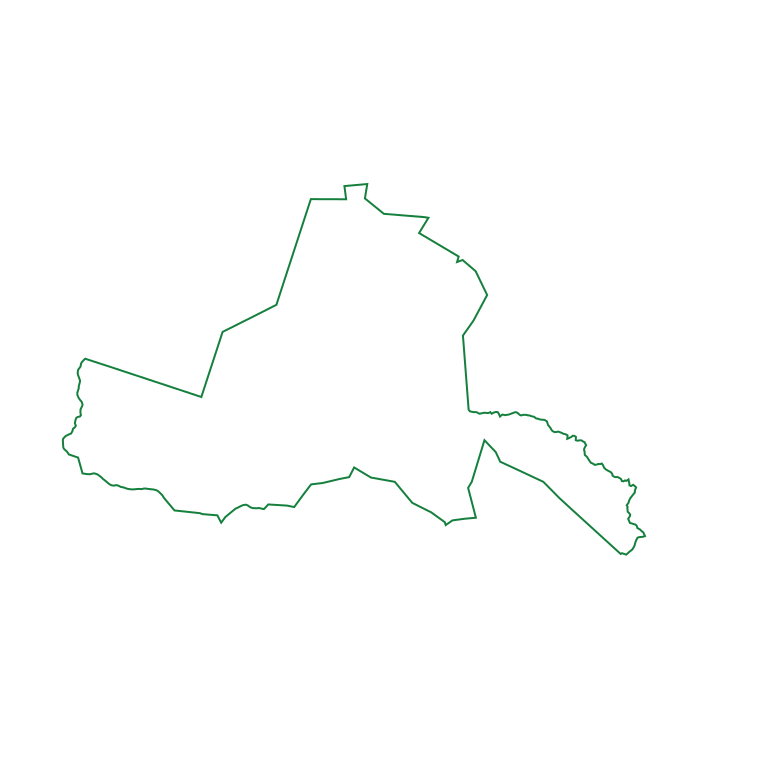 São Miguel do Tapuio, Piauí, Brazil, rotated 198°
{"feature_id": "56859067B9412827275666", "entity_name": "São Miguel do Tapuio", "entity_type": "district", "adm_level": 2, "iso_a3": "BRA", "parent_name": "Brazil", "parent_adm1": "Piauí", "projection": "mercator", "projection_center": [-41.588, -5.786], "detail": "fine", "context": "isolated", "style": "outline", "palette": "green", "viewbox_px": 768, "rotation_deg": 198, "n_neighbors": 0, "source": "geoboundaries", "source_scale": "gbopen_adm2", "svg_char_len": 4004}
<svg xmlns="http://www.w3.org/2000/svg" viewBox="0 0 768 768"><g transform="rotate(198 384 384)"><path d="M88.8,320.0L91.5,323.0L93.8,323.8L95.4,324.7L98.5,325.3L99.8,327.2L101.3,328.0L107.2,327.9L110.1,331.2L109.3,334.3L109.4,335.7L110.8,336.9L112.7,337.8L114.1,340.8L114.3,342.3L115.7,343.7L114.8,346.3L114.8,349.3L114.6,350.9L113.3,354.8L111.9,358.3L112.5,360.3L112.3,363.6L114.1,364.5L115.9,365.1L117.5,363.3L119.2,363.4L119.7,364.8L120.5,366.1L122.0,368.8L123.5,366.8L125.1,366.7L126.2,365.4L127.7,365.2L129.4,367.0L131.4,367.4L133.1,367.7L135.1,366.9L136.7,367.0L138.2,367.4L139.3,369.2L141.2,370.3L143.9,370.7L146.6,371.3L149.1,372.6L150.6,374.5L152.3,375.7L153.5,374.7L155.3,374.2L156.7,373.2L158.5,372.2L160.1,372.7L163.0,373.1L164.8,374.4L166.7,375.9L168.1,377.2L169.4,377.9L171.0,378.5L171.8,380.2L172.3,381.7L173.2,382.7L173.6,384.3L173.3,386.5L172.8,388.3L174.3,389.6L175.4,390.7L176.9,390.8L178.6,391.4L180.6,390.9L182.2,389.9L184.2,389.8L184.7,391.2L185.1,393.0L186.8,393.5L188.5,393.1L189.5,391.5L190.5,390.6L191.5,389.5L192.8,388.5L193.1,390.4L193.7,392.0L196.0,392.3L198.1,392.1L199.7,392.4L201.3,392.5L203.4,392.6L205.3,391.6L206.6,391.0L208.3,391.1L210.2,391.8L211.6,393.2L213.4,394.5L215.3,395.7L216.5,397.4L217.7,398.9L219.1,399.2L220.6,399.4L222.6,398.9L225.1,398.4L227.1,398.6L228.5,398.2L229.7,398.6L231.0,399.2L232.7,399.0L234.3,398.9L236.1,399.1L237.4,398.6L238.9,398.7L240.4,398.2L242.2,397.7L243.8,396.5L245.4,396.6L246.7,397.2L248.3,397.9L250.1,397.9L251.2,397.2L252.4,396.3L254.0,395.0L255.4,393.8L257.1,392.9L259.1,391.8L260.8,391.7L262.2,391.3L263.6,388.9L265.6,391.2L267.2,392.4L268.9,392.0L270.6,390.9L272.4,389.0L274.2,390.1L275.2,389.1L276.3,388.4L277.9,388.1L279.9,387.6L282.1,386.3L284.1,385.2L287.3,385.8L289.9,385.0L292.1,384.7L293.9,384.6L295.6,385.8L315.8,434.8L320.6,446.5L323.9,454.4L322.8,458.0L319.6,468.3L318.5,471.9L313.4,500.5L331.7,519.6L347.6,526.2L352.2,522.6L352.4,528.3L397.3,538.4L393.1,555.8L397.1,555.2L436.7,545.8L448.1,550.2L459.5,554.6L461.7,569.0L482.8,560.0L477.1,548.0L510.7,537.2L510.8,452.4L510.8,451.0L510.8,426.0L513.2,423.7L523.7,413.2L539.8,397.3L541.1,396.0L553.6,383.7L553.7,323.3L553.7,315.2L651.0,315.7L676.0,315.7L677.1,313.7L678.3,310.8L678.4,309.4L678.0,306.8L679.2,303.3L679.1,301.4L678.6,299.5L677.8,298.1L674.1,293.3L673.8,291.5L673.6,287.4L673.0,285.7L673.0,281.1L672.3,278.9L670.2,276.5L667.7,274.6L666.2,273.8L664.3,271.2L664.2,269.9L664.8,266.2L664.0,263.3L662.6,260.6L663.1,259.2L664.9,258.1L666.1,256.9L666.3,254.9L665.9,251.2L664.2,249.1L664.6,247.3L666.0,245.2L665.7,243.2L666.3,240.2L667.9,238.9L670.7,236.1L672.2,233.0L672.1,231.4L669.7,225.2L669.0,224.0L667.9,223.2L664.6,221.7L661.8,219.6L652.2,219.5L643.1,205.8L639.2,206.4L635.8,207.3L633.4,208.8L631.9,209.5L628.5,209.5L625.6,208.5L623.6,207.8L622.1,206.9L620.6,206.4L618.2,205.5L615.6,204.4L613.2,203.6L611.1,203.5L609.0,204.1L607.6,205.0L606.3,205.2L604.7,205.2L602.8,204.8L600.8,205.0L598.9,205.2L596.5,205.0L594.4,205.2L591.0,205.9L589.1,206.6L586.4,207.8L584.6,208.5L581.9,209.2L580.2,210.3L578.6,210.9L576.0,211.3L570.8,212.4L568.0,212.7L565.8,212.3L563.0,211.0L560.4,209.7L558.6,208.1L556.5,206.7L553.8,205.0L549.6,202.4L544.2,199.0L519.0,204.3L516.7,204.1L501.9,207.6L496.0,201.8L493.8,208.4L486.7,219.6L485.3,220.8L483.6,222.5L481.1,224.9L479.1,226.1L477.7,226.6L475.5,226.3L473.3,225.5L470.6,225.4L466.9,226.4L464.6,227.4L459.6,227.9L458.4,230.3L456.8,233.7L438.6,238.4L431.4,239.2L426.2,254.9L422.3,266.0L411.7,270.9L396.8,280.0L388.3,284.7L386.6,295.4L367.5,291.0L361.8,291.8L343.5,294.3L320.4,279.7L302.0,276.9L299.6,276.6L291.0,273.8L288.5,273.0L286.6,272.4L283.5,271.4L281.7,268.9L276.8,275.4L275.0,276.3L265.6,280.8L255.3,285.2L260.0,292.6L271.9,311.2L270.3,318.1L271.1,361.6L256.6,353.7L252.4,349.2L249.5,346.0L235.2,344.3L202.2,340.2L182.1,329.8L167.7,323.2L106.4,295.5L105.4,296.6L100.9,296.6L98.7,300.4L96.7,303.3L95.8,307.2L96.0,312.4L95.4,316.1L94.2,317.1L90.2,318.9L88.8,320.0Z" fill="none" stroke="#15803d" stroke-width="2"/></g></svg>